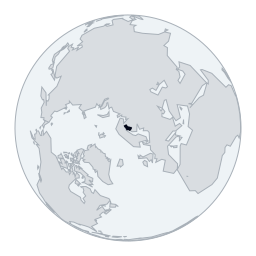 Northern Ostrobothnia highlighted on a globe, orthographic projection, rotated 261°
{"feature_id": "FIN-3180", "entity_name": "Northern Ostrobothnia", "entity_type": "Province", "adm_level": 1, "iso_a3": "FIN", "parent_name": "Finland", "parent_adm1": "", "projection": "orthographic", "projection_center": [26.371, 64.957], "detail": "fine", "context": "on_globe", "style": "filled", "palette": "ink", "viewbox_px": 256, "rotation_deg": 261, "n_neighbors": 0, "source": "natural_earth", "source_scale": "10m", "svg_char_len": 11707}
<svg xmlns="http://www.w3.org/2000/svg" viewBox="0 0 256 256"><g transform="rotate(261 128 128)"><circle cx="128" cy="128" r="113" fill="#eef3f6" stroke="#a8b0b8"/><path d="M25.2,82.1L27.7,76.9L45.9,50.9L49.1,47.7L51.3,46.1L67.9,35.3L55.8,42.0L60.3,38.6L65.8,35.2L65.1,36.0L72.1,33.1L77.5,30.5L86.1,29.2L91.7,32.9L88.5,33.6L90.2,34.5L94.3,33.8L96.6,33.2L108.1,36.7L121.8,37.0L126.1,34.8L125.2,37.2L133.3,31.6L140.7,31.0L132.3,33.2L131.5,34.6L136.5,34.8L136.7,36.3L139.3,37.3L139.1,39.1L134.2,40.5L134.0,41.7L137.5,41.8L139.6,43.8L134.4,43.5L137.4,47.0L129.9,50.2L116.1,48.4L111.8,52.3L97.5,56.1L98.8,57.5L94.2,60.1L93.9,62.8L91.3,62.9L93.4,64.9L95.8,64.3L97.5,65.1L97.5,66.6L94.3,67.0L93.7,66.2L92.8,67.2L91.2,66.7L92.0,67.8L88.0,68.1L92.1,70.1L88.9,72.4L86.3,72.0L86.5,69.0L80.9,61.1L78.2,60.0L74.3,61.4L67.0,70.2L64.1,70.4L60.3,72.9L61.9,74.1L65.4,72.6L67.5,75.6L71.6,73.6L73.0,74.6L77.3,73.9L76.7,77.4L73.8,81.1L70.2,82.0L68.8,83.7L72.3,85.7L65.6,90.1L61.3,98.1L59.5,99.0L56.1,95.4L56.0,88.2L51.6,84.1L54.5,90.2L50.1,92.5L49.4,94.4L49.6,96.4L51.3,96.9L49.8,98.5L46.4,92.9L47.7,91.4L48.8,93.1L48.7,89.8L46.4,86.3L44.3,87.9L42.9,81.4L41.5,82.5L40.4,81.8L42.8,80.5L38.4,82.9L36.5,76.6L30.4,81.1L36.3,73.8L38.4,69.8L40.4,65.4L39.4,66.0L43.5,59.8L44.8,55.7L41.9,56.7L37.9,61.0L33.7,67.6L34.0,68.2L31.9,72.8L30.1,73.0L25.7,82.1L24.3,84.3L22.5,88.4L21.2,92.4L19.6,97.8L19.6,99.2L19.1,103.6L17.9,106.3L18.6,107.0L17.6,111.3L17.4,122.2L17.1,121.9L16.7,134.5L18.2,146.2L18.6,150.6L18.2,150.6L19.2,154.6L19.2,155.5L25.0,171.3L29.4,180.8L30.2,183.6L29.0,181.8L25.5,174.7L22.5,167.4L20.0,160.0L18.0,152.4L16.6,144.6L15.7,136.8L15.4,129.0L15.6,121.1L16.3,113.3L17.6,105.5L19.5,97.9L20.1,95.7L21.0,92.9L21.2,92.2L25.2,82.1ZM28.9,81.9L24.1,93.9L25.3,88.4L25.3,89.1L26.9,85.7L29.2,80.3L30.7,75.8L28.9,81.9ZM30.3,84.3L31.0,82.4L30.6,84.1L30.3,84.3ZM97.6,32.7L94.4,33.7L90.6,33.8L93.2,32.8L97.6,32.7ZM104.9,33.1L103.4,33.9L101.6,32.5L103.0,32.5L104.9,33.1ZM129.1,32.9L126.4,33.1L129.0,32.4L129.1,32.9ZM139.6,37.1L140.3,36.6L141.4,37.4L139.6,37.1ZM77.4,72.1L77.3,73.0L76.6,72.7L77.4,72.1ZM79.3,71.0L78.4,70.0L79.2,69.3L79.7,69.9L79.3,71.0ZM142.0,40.9L143.5,42.4L141.2,41.1L142.0,40.9ZM80.2,72.4L80.6,68.3L82.0,67.1L85.2,68.7L80.2,72.4ZM143.8,43.4L147.3,47.0L149.2,46.1L146.0,50.7L144.0,46.0L140.8,44.6L143.2,44.5L143.8,43.4ZM96.5,63.5L93.9,64.2L96.0,62.2L96.5,63.5ZM97.4,62.0L101.3,55.2L105.2,55.0L103.1,57.3L108.0,56.1L107.9,59.4L105.2,60.8L102.7,60.2L104.6,61.9L97.4,62.0ZM143.6,52.7L143.8,53.8L142.7,52.9L143.6,52.7ZM98.3,65.2L98.8,63.8L102.1,63.5L101.8,66.4L100.8,65.5L98.3,65.2ZM109.3,54.2L111.7,54.6L112.3,57.3L113.4,57.9L108.2,59.5L109.3,54.2ZM100.1,66.4L101.6,67.8L100.1,69.4L98.1,66.6L100.1,66.4ZM103.1,62.3L104.7,62.4L103.7,63.2L103.1,62.3ZM95.5,75.9L96.0,74.1L97.8,73.8L95.5,75.9ZM102.2,68.3L102.7,67.7L103.5,67.4L104.1,68.7L102.2,68.3ZM109.0,61.3L108.8,62.4L111.1,60.8L111.7,62.9L108.2,63.6L109.9,64.2L110.1,64.8L107.0,64.7L109.0,61.3ZM107.0,69.1L102.7,70.9L101.5,74.2L99.9,74.6L102.2,69.1L107.0,69.1ZM107.3,66.5L106.8,68.2L105.0,67.7L104.3,66.3L107.3,66.5ZM113.4,64.1L113.4,60.7L114.2,60.7L113.4,64.1ZM107.0,70.2L108.0,69.7L107.1,70.5L107.0,70.2ZM111.8,66.0L111.7,64.8L112.6,64.8L111.8,66.0ZM110.2,69.9L108.8,70.5L108.3,69.5L110.2,69.9ZM111.2,68.2L112.4,68.5L108.9,68.8L111.0,67.7L111.2,68.2ZM112.6,66.2L113.1,65.8L112.5,66.7L112.6,66.2ZM113.0,73.4L108.7,74.0L107.5,71.8L111.9,71.5L113.0,73.4ZM106.6,238.6L100.6,236.2L103.7,235.3L102.7,233.4L94.0,226.2L95.9,223.1L93.6,220.8L88.7,219.8L86.0,216.8L83.0,215.7L64.6,208.4L59.0,202.1L52.3,186.9L55.6,184.7L56.3,179.1L79.2,170.1L84.0,173.8L102.0,176.7L104.3,178.1L102.1,183.0L115.7,191.4L120.0,187.6L132.3,191.0L140.4,190.2L143.4,180.2L130.0,181.4L127.7,176.5L138.4,171.3L150.1,170.1L149.6,168.2L142.2,164.8L144.9,160.5L139.6,163.3L141.8,165.2L138.5,167.0L136.4,165.4L137.4,163.9L133.9,163.3L129.9,170.9L131.6,173.6L122.4,174.9L124.4,179.6L121.9,181.6L117.6,174.5L118.0,171.9L110.0,163.2L108.7,166.0L116.2,174.5L113.8,173.7L112.2,177.8L111.6,174.0L103.8,164.2L95.5,163.9L84.9,171.4L80.0,170.3L76.0,166.0L79.9,156.0L90.3,159.8L91.8,156.5L89.7,150.0L93.1,151.8L93.5,149.6L97.4,150.7L103.0,146.8L107.0,147.3L109.3,140.7L111.6,140.1L109.6,144.1L110.4,147.2L120.3,148.2L122.3,146.9L122.9,142.6L125.6,143.5L124.9,139.3L130.7,137.6L123.2,136.1L123.7,131.3L127.2,127.7L126.0,125.9L120.4,131.8L119.3,134.5L120.6,137.1L116.6,144.4L113.1,145.2L112.2,136.8L107.2,137.1L108.7,130.6L123.1,118.2L129.1,115.8L139.0,121.8L137.5,125.0L133.3,124.4L137.2,129.4L136.9,126.9L139.1,127.7L140.2,123.5L141.8,123.9L140.1,119.3L142.2,119.3L143.2,122.2L146.7,116.2L151.1,115.2L151.0,113.7L149.8,112.3L156.2,112.0L155.9,110.9L153.7,110.6L151.7,108.2L150.6,104.0L152.9,104.1L153.6,105.6L158.5,109.1L159.9,113.4L160.8,113.0L160.0,109.4L154.1,105.1L152.8,102.5L155.9,104.1L154.7,103.3L154.7,102.1L156.9,101.0L153.7,99.1L151.5,85.9L155.5,82.7L158.5,85.5L159.3,77.0L163.8,74.3L161.8,74.0L160.8,69.9L159.4,70.6L158.3,70.2L155.2,60.3L156.2,58.2L152.5,53.9L151.5,53.7L150.5,55.0L146.0,50.7L149.2,46.1L151.4,46.6L151.9,43.6L156.9,45.3L161.3,45.4L166.4,49.2L169.4,49.1L169.3,47.9L173.2,46.9L182.0,49.3L175.6,52.5L162.7,50.7L168.0,51.8L167.0,53.1L169.0,54.5L172.8,55.3L173.1,54.4L180.2,64.2L189.6,70.1L188.4,65.5L190.5,63.9L200.2,67.3L213.0,82.3L215.9,80.9L217.9,82.2L219.5,86.3L216.6,84.5L215.7,86.9L213.8,85.4L215.4,91.6L212.7,89.7L215.2,95.6L217.3,95.4L216.9,90.6L220.3,96.7L223.4,94.6L226.8,97.1L231.8,110.3L232.4,119.9L233.1,121.3L231.7,123.3L232.2,129.4L236.7,129.1L237.5,130.8L237.2,140.5L236.8,139.5L233.2,144.8L234.2,150.0L237.1,147.0L238.1,148.4L236.7,152.1L235.4,151.1L234.1,152.8L233.2,148.8L229.8,146.2L228.2,151.9L227.2,149.5L222.2,149.3L219.3,157.1L215.6,172.7L217.1,179.2L214.9,184.8L207.4,181.6L203.8,176.3L201.2,179.5L193.4,178.1L180.3,186.1L178.3,184.8L175.9,187.1L170.3,187.4L167.2,184.8L163.9,186.4L172.2,192.8L175.7,191.0L178.4,186.0L180.1,188.6L185.4,188.7L180.0,199.2L160.3,212.7L158.2,208.0L142.3,194.7L142.7,192.6L142.6,192.4L142.4,192.0L141.1,195.5L138.3,192.3L147.0,203.2L148.6,207.7L160.1,213.1L159.0,214.2L162.7,214.7L174.1,208.7L174.2,210.3L168.9,219.3L152.9,231.1L155.0,234.1L153.7,236.5L143.5,239.1L144.2,239.5L141.9,239.8L133.1,240.5L124.2,240.6L115.3,239.9L106.6,238.6ZM71.3,178.2L70.7,179.9L71.3,178.2ZM162.6,173.5L169.5,171.2L166.1,165.8L168.4,164.6L166.4,163.2L165.8,165.5L160.8,161.5L163.6,158.3L162.6,155.6L160.2,156.2L155.8,162.7L163.0,168.3L161.6,171.6L162.6,173.5ZM17.4,122.5L17.2,124.4L17.1,122.6L17.4,122.5ZM24.6,88.5L24.0,90.7L23.4,92.2L23.7,90.7L24.6,88.5ZM21.4,107.0L21.1,109.8L21.0,107.3L21.4,107.0ZM23.6,95.8L21.6,104.9L21.6,100.4L23.0,94.8L22.5,98.1L23.6,95.8ZM29.0,84.5L28.4,86.0L28.0,86.0L29.0,84.5ZM30.0,85.6L30.1,85.1L30.7,84.1L30.0,85.6ZM50.3,92.8L50.5,93.3L50.4,95.4L49.7,94.7L50.3,92.8ZM54.5,103.8L52.0,106.2L53.3,103.9L51.8,103.2L52.7,97.6L58.7,99.2L55.8,99.4L54.5,103.8ZM55.5,90.9L54.3,94.1L55.4,90.5L55.5,90.9ZM92.0,137.3L93.4,139.3L91.8,141.5L86.7,141.3L88.9,138.1L92.0,137.3ZM95.6,141.8L96.1,133.7L99.2,133.6L97.4,135.0L99.4,135.7L97.0,138.2L99.5,146.2L98.3,148.7L89.6,146.7L93.1,145.9L91.6,143.9L95.6,141.8ZM91.7,114.4L92.0,111.3L98.6,115.1L97.6,117.6L92.4,117.5L90.6,114.5L91.7,114.4ZM85.7,76.1L85.4,74.9L86.3,74.8L87.3,75.7L85.7,76.1ZM95.6,75.0L88.0,81.3L87.3,80.2L83.8,85.4L80.4,84.6L82.8,81.2L77.6,84.5L78.4,81.2L75.1,83.8L80.7,76.4L81.3,73.7L82.0,77.0L85.0,77.8L86.5,77.4L91.1,74.0L93.8,68.6L97.3,68.7L99.0,70.2L98.9,71.5L96.7,71.0L98.1,73.1L94.8,73.4L95.6,75.0ZM117.5,89.5L115.0,88.0L117.4,92.9L114.1,93.0L114.6,93.6L112.2,95.0L110.1,97.8L108.6,97.4L108.5,98.7L106.9,99.7L106.2,101.4L103.2,101.2L102.1,103.2L101.4,102.0L100.2,105.6L99.8,102.8L97.7,104.0L99.2,106.0L85.2,101.7L79.7,102.3L75.3,104.3L75.1,99.5L79.1,94.7L84.9,90.7L90.3,90.9L89.2,88.8L91.5,88.4L91.4,90.2L92.9,87.1L94.7,87.2L99.9,84.1L101.0,79.6L102.9,78.4L103.4,80.3L105.0,77.8L107.3,80.5L108.7,79.7L112.4,81.6L112.6,85.7L114.2,84.5L117.0,86.0L117.5,89.5ZM114.0,74.1L114.9,78.7L113.6,81.1L107.7,76.8L106.1,77.1L102.3,74.6L104.3,71.2L105.2,72.2L106.5,72.5L105.4,73.4L107.3,72.8L108.6,74.2L110.5,74.2L110.3,75.7L114.0,74.1ZM106.9,176.5L108.6,177.1L111.3,177.2L110.3,179.9L106.9,176.5ZM101.4,170.0L103.0,169.9L102.9,173.7L101.1,173.2L101.4,170.0ZM103.9,166.8L103.1,169.7L102.5,167.8L103.9,166.8ZM111.1,143.9L112.8,143.6L113.0,144.7L112.0,146.0L111.1,143.9ZM123.9,104.6L122.6,103.2L123.1,102.6L122.4,98.7L124.8,98.4L126.2,100.7L123.9,104.6ZM141.1,182.3L138.7,184.4L137.5,183.6L138.5,183.0L141.1,182.3ZM123.7,183.0L127.7,184.2L123.4,183.7L123.7,183.0ZM126.3,103.6L125.8,102.0L127.3,102.9L126.3,103.6ZM126.5,98.0L128.4,98.7L125.0,97.9L126.5,98.0ZM158.8,236.4L158.3,236.4L161.6,234.5L167.7,232.0L170.7,229.9L172.4,230.4L165.4,234.2L158.8,236.4ZM238.0,152.5L236.7,156.7L232.6,160.0L234.1,156.5L238.0,150.1L237.8,151.4L238.7,148.7L238.4,150.5L238.0,152.5ZM239.8,141.3L239.7,140.8L239.8,138.2L240.1,135.7L239.8,120.9L240.0,118.5L240.4,123.6L240.5,122.7L240.6,132.0L239.8,141.3ZM217.5,179.3L220.0,180.4L218.6,182.7L217.5,179.3ZM238.5,113.5L239.4,119.6L238.3,113.1L238.5,113.5ZM237.2,108.6L237.7,109.4L237.3,110.1L237.2,108.6ZM234.1,122.9L233.8,125.9L233.3,125.2L233.3,121.0L234.1,122.9ZM229.4,99.4L231.5,101.6L232.2,102.9L231.0,102.9L229.4,99.4ZM145.9,99.8L144.2,105.5L144.6,109.6L147.2,111.8L142.7,111.2L142.2,104.8L145.9,99.8ZM150.5,87.6L148.2,85.8L149.6,85.1L150.4,85.4L150.5,87.6ZM148.8,87.6L145.1,88.3L144.1,86.3L147.2,86.1L148.8,87.6ZM135.7,95.9L135.1,97.5L133.8,96.8L135.7,95.9ZM238.7,107.4L238.7,108.8L239.2,112.2L237.6,104.1L238.0,104.2L238.7,107.4ZM237.9,106.2L238.4,109.4L237.5,105.3L237.9,106.2ZM238.2,109.5L237.7,108.6L237.6,106.7L238.2,109.5ZM237.7,104.9L236.6,102.3L237.1,102.5L237.7,104.9ZM236.3,106.7L237.0,104.3L237.1,109.2L234.5,105.5L234.3,103.0L236.3,106.7ZM218.8,77.6L217.4,77.2L216.5,74.8L217.7,75.7L218.8,77.6ZM212.2,66.8L215.8,74.0L218.5,80.0L218.8,78.9L221.5,81.8L219.7,82.6L216.1,77.1L214.5,72.8L212.0,70.9L209.4,67.1L206.5,66.1L204.6,64.1L206.8,63.8L212.2,66.8ZM205.2,65.8L199.1,63.1L198.4,59.3L199.6,59.1L202.7,61.9L202.9,63.7L205.2,65.8ZM197.5,61.4L197.6,63.1L188.9,63.7L186.8,62.9L193.1,60.3L193.6,61.8L195.8,62.4L197.5,61.4ZM144.9,53.6L143.9,53.8L144.4,52.9L144.9,53.6ZM157.6,70.7L156.2,69.9L156.9,68.9L157.6,70.7ZM152.9,67.3L153.0,68.9L151.9,67.1L152.9,67.3ZM153.5,72.8L152.6,69.6L154.8,72.8L153.5,72.8Z" fill="#d9dde1" stroke="#a8b0b8" stroke-width="1"/><path d="M130.5,125.0L130.6,125.3L130.7,125.5L130.8,125.6L130.9,125.9L130.9,126.0L131.0,126.2L131.0,126.4L131.0,126.5L130.9,126.5L130.7,126.6L130.8,126.7L130.8,126.8L130.7,126.8L130.4,126.8L130.2,127.0L129.9,127.1L129.8,127.3L129.4,127.4L129.3,127.5L129.2,127.7L128.8,127.7L128.8,127.8L128.8,128.0L128.8,128.3L128.7,128.3L128.4,128.4L128.5,128.4L128.5,128.5L128.4,128.5L128.2,128.6L128.1,128.8L127.9,128.9L128.0,129.0L128.2,129.3L128.3,129.3L128.4,129.6L128.4,129.8L127.9,130.2L127.9,130.3L127.9,130.6L127.8,130.8L127.8,131.0L127.7,131.0L127.6,130.9L127.4,130.8L127.2,130.8L127.1,130.7L126.9,130.7L126.9,130.8L126.6,130.6L126.4,130.4L126.3,130.2L126.2,130.1L126.1,129.9L126.0,129.7L125.9,129.6L125.7,129.5L125.7,129.4L125.8,129.4L125.9,129.2L126.0,129.2L126.2,128.9L126.3,128.8L126.3,128.7L126.5,128.4L126.6,128.2L126.8,128.2L127.0,128.1L127.0,128.3L127.2,128.2L127.0,127.9L127.1,128.0L127.2,127.9L127.2,127.7L127.1,127.4L127.2,127.2L127.1,126.9L127.0,126.7L127.3,126.4L127.5,126.4L127.8,126.3L127.8,126.5L128.4,126.5L128.6,126.4L128.8,126.1L129.0,126.1L129.1,126.3L129.5,126.3L129.7,126.2L129.6,125.9L129.8,125.9L129.8,125.7L129.9,125.4L129.7,125.4L129.7,125.2L129.8,125.1L130.2,125.1L130.3,125.1L130.5,125.0ZM126.9,127.8L126.7,127.8L126.7,128.0L126.6,127.9L126.6,128.0L126.5,127.9L126.6,127.7L126.8,127.7L126.8,127.8L126.9,127.8Z" fill="#0f172a" stroke="#020617" stroke-width="1.5"/></g></svg>